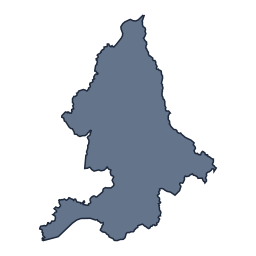 Peixe, Tocantins, Brazil
{"feature_id": "56859067B6869942265755", "entity_name": "Peixe", "entity_type": "district", "adm_level": 2, "iso_a3": "BRA", "parent_name": "Brazil", "parent_adm1": "Tocantins", "projection": "albers", "projection_center": [-48.57, -11.931], "detail": "fine", "context": "isolated", "style": "filled", "palette": "slate", "viewbox_px": 256, "rotation_deg": 0, "n_neighbors": 0, "source": "geoboundaries", "source_scale": "gbopen_adm2", "svg_char_len": 5786}
<svg xmlns="http://www.w3.org/2000/svg" viewBox="0 0 256 256"><path d="M124.9,21.9L122.8,23.7L120.9,26.7L121.1,29.0L122.7,33.3L122.5,35.7L121.3,38.1L116.3,44.4L114.0,46.9L113.3,46.9L112.7,46.3L111.5,46.6L111.7,45.9L110.3,46.4L109.5,45.7L108.7,44.0L107.3,44.0L107.3,45.9L106.9,46.5L104.0,47.1L104.2,47.9L103.6,49.5L102.5,49.7L101.0,51.3L101.2,52.2L100.5,52.4L100.3,53.2L97.8,54.5L97.2,55.2L98.1,56.2L98.2,57.0L97.8,57.8L96.1,58.8L96.4,60.1L97.1,60.0L97.3,62.1L96.8,63.6L97.0,64.1L95.6,65.6L94.8,70.6L94.9,71.2L95.8,71.2L96.8,72.7L97.8,73.1L97.9,73.9L97.2,74.4L95.8,74.1L94.8,75.0L93.8,76.9L93.9,78.3L94.5,78.8L92.6,79.9L93.0,81.4L92.6,82.0L90.0,83.2L89.7,84.8L90.2,85.3L90.3,86.5L89.9,87.3L88.6,88.0L88.8,89.1L88.2,89.3L87.3,90.8L86.6,90.9L85.5,90.2L83.3,89.5L78.6,91.1L78.0,92.6L76.7,93.2L77.1,93.7L76.8,95.3L75.2,96.5L73.9,96.4L72.5,98.7L72.5,102.6L73.2,103.0L73.6,104.3L73.3,105.2L72.7,105.8L73.4,107.3L73.1,108.2L73.7,108.8L73.2,109.2L71.7,109.5L71.6,110.4L72.1,111.3L71.4,112.3L71.4,113.1L69.6,113.1L68.9,112.2L68.3,112.0L68.1,112.6L67.4,112.8L67.1,112.1L65.9,112.3L65.4,112.0L61.9,115.7L61.8,116.5L61.8,117.3L63.6,118.0L64.4,121.0L65.8,121.8L69.2,127.2L70.8,128.5L72.4,128.8L74.2,132.2L74.5,134.1L77.1,134.5L78.1,135.7L80.0,136.5L82.4,135.7L85.1,135.6L86.8,134.5L87.5,133.2L88.9,132.3L89.6,130.8L90.5,130.4L91.2,130.6L89.8,135.3L88.0,136.5L87.4,137.6L88.8,140.0L89.0,141.5L88.6,144.2L87.7,145.6L87.9,147.0L87.6,148.9L86.5,152.0L87.1,153.5L87.0,154.5L86.6,155.1L85.9,155.2L84.7,168.5L87.5,168.2L89.5,167.2L90.1,167.4L91.6,169.5L94.0,171.1L98.2,170.1L99.0,170.0L101.0,170.8L104.0,170.2L106.4,168.2L106.4,167.5L107.1,167.0L108.9,169.3L110.9,170.0L110.3,172.2L110.9,175.0L111.9,175.7L112.6,175.7L113.7,177.0L112.1,180.3L114.0,184.1L113.6,185.7L111.0,187.9L107.0,187.9L105.5,187.6L103.5,188.7L103.0,189.7L102.9,191.4L102.6,191.9L96.7,197.0L95.8,196.9L94.5,196.0L93.1,196.0L92.7,196.6L91.5,197.1L90.1,199.0L90.1,200.5L90.8,202.1L90.5,203.0L88.8,203.7L88.4,204.2L88.6,205.0L87.6,205.3L83.2,204.5L83.0,204.0L84.6,202.1L84.2,201.0L83.5,201.2L83.3,202.1L82.3,202.9L80.8,203.4L80.5,202.6L76.8,201.9L75.7,199.3L75.1,199.0L74.5,199.3L73.6,200.5L72.7,199.2L72.0,199.3L69.5,197.8L68.8,197.8L68.6,198.7L66.3,200.3L64.5,199.0L62.8,199.7L61.6,199.6L60.8,200.0L59.5,199.7L58.8,200.3L59.3,201.6L59.1,202.3L59.5,203.7L60.5,205.0L60.4,206.1L58.9,207.7L57.5,207.8L55.8,207.0L54.1,208.7L56.3,210.4L56.6,211.1L56.5,211.9L55.2,212.3L53.9,214.0L52.8,214.6L54.9,215.9L55.5,217.6L54.9,220.5L53.7,221.2L51.8,221.1L50.6,223.2L50.0,223.5L49.2,223.7L48.6,222.7L47.8,222.7L47.3,224.6L46.1,225.7L45.1,225.9L44.5,225.5L40.6,226.3L39.7,228.5L39.9,229.1L41.1,229.3L42.1,230.0L42.3,230.7L42.0,232.3L43.0,233.0L42.6,234.5L43.1,235.9L44.4,236.7L44.8,237.6L43.3,238.2L42.6,237.9L42.2,238.6L43.6,239.5L42.5,240.1L43.2,240.6L58.2,236.7L72.3,223.2L76.7,220.0L80.8,218.5L90.3,218.3L95.5,220.0L97.3,219.7L97.9,221.0L99.3,221.5L100.8,223.0L103.1,222.6L103.2,224.4L102.1,225.8L101.8,227.2L100.4,229.7L100.4,230.3L102.5,231.9L105.1,232.4L105.8,232.9L106.7,234.1L108.5,235.1L109.1,236.9L113.1,238.7L114.3,240.4L117.3,240.6L120.1,239.5L123.3,239.3L125.0,237.7L126.3,233.3L127.6,232.5L129.4,232.6L130.8,231.8L133.2,231.8L134.1,231.0L134.3,230.0L135.5,229.1L135.8,228.4L137.7,227.4L137.8,225.7L142.5,224.1L144.7,226.1L145.5,226.3L147.4,227.9L148.8,228.6L150.2,227.6L150.6,226.3L152.0,226.2L152.8,225.0L154.4,224.9L154.8,225.5L155.4,225.6L156.6,225.1L157.0,224.3L156.7,223.6L156.9,222.8L157.7,222.7L158.7,221.6L158.6,220.9L159.6,219.1L159.4,218.4L158.6,218.1L158.2,217.4L158.9,216.2L160.5,215.8L160.2,215.2L160.9,212.6L160.5,211.1L159.9,210.9L159.4,209.4L159.4,207.7L158.9,206.0L159.4,205.4L158.5,203.6L160.3,203.0L160.6,202.3L159.2,201.0L159.6,199.6L159.4,197.9L158.1,197.0L157.4,195.3L158.9,194.2L159.3,193.4L158.7,191.8L159.9,190.4L159.5,189.0L161.1,188.5L163.2,188.8L164.8,190.1L167.2,191.4L170.5,192.1L175.0,195.2L179.6,190.6L180.9,186.4L180.7,185.8L179.7,184.7L179.8,183.3L181.2,182.8L182.5,183.2L183.1,182.7L184.5,179.4L184.3,177.6L185.2,176.1L186.4,176.6L188.9,176.1L190.0,175.0L192.5,173.8L193.4,175.2L194.8,175.4L197.1,176.6L198.0,178.3L202.3,178.2L202.7,179.8L203.7,181.4L204.4,181.7L204.9,183.0L206.5,181.0L206.4,179.5L205.6,178.5L205.6,177.7L206.7,175.4L206.3,173.9L207.0,172.8L208.2,172.0L209.1,171.9L211.1,170.3L212.0,168.9L213.4,168.9L213.9,169.4L214.0,171.5L216.3,168.0L215.1,167.2L214.0,165.7L212.7,164.9L212.4,163.9L213.4,162.0L213.4,159.1L211.8,158.7L209.8,157.1L208.1,156.3L207.3,155.7L207.7,155.1L207.3,154.7L205.3,154.6L204.9,152.9L202.9,151.5L202.4,151.4L201.2,152.9L200.7,154.7L200.1,154.9L199.6,154.5L198.8,154.7L197.2,153.3L196.4,153.7L195.1,153.2L194.0,150.7L195.4,148.5L195.3,147.6L194.9,146.6L193.3,144.8L194.1,142.8L191.1,140.2L185.4,137.5L181.5,134.2L180.7,133.0L179.3,133.4L177.6,132.4L177.0,131.7L176.9,130.7L175.8,129.7L173.7,129.4L170.8,126.3L170.0,124.4L169.3,123.9L169.7,123.4L169.5,121.1L168.4,119.8L168.1,118.8L168.4,117.5L168.1,116.2L169.5,113.4L170.3,113.1L168.6,111.0L166.3,111.0L165.6,109.8L165.4,109.0L165.9,107.7L164.9,105.7L164.8,101.4L164.0,99.4L163.3,99.3L162.8,97.0L162.1,95.8L162.0,92.3L162.4,91.5L162.3,89.6L162.8,89.0L162.9,87.4L162.3,85.9L162.4,84.6L161.4,83.4L162.6,78.2L162.5,75.7L161.6,74.6L161.2,71.1L159.9,70.3L159.1,70.3L158.4,69.1L157.1,69.3L156.5,69.0L156.4,67.9L157.1,66.4L155.7,64.1L155.8,62.1L154.9,60.5L154.0,60.6L152.9,60.1L152.6,59.6L152.8,58.2L150.0,55.9L149.3,55.9L148.4,54.0L148.4,52.4L147.2,50.5L146.4,48.4L145.8,48.0L146.0,45.8L146.8,44.2L146.3,42.7L146.6,42.2L144.5,40.1L144.4,39.3L143.5,38.3L143.7,37.7L144.4,37.2L145.9,33.6L145.0,31.5L145.5,30.0L145.3,28.6L144.8,27.7L143.1,26.6L142.4,24.5L142.5,21.9L142.1,21.4L144.1,15.7L143.3,15.8L142.8,15.4L138.3,19.8L135.8,21.0L133.1,20.7L130.2,19.4L124.9,21.9Z" fill="#64748b" stroke="#1e293b" stroke-width="1.5"/></svg>